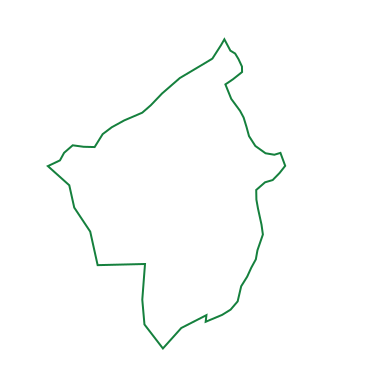 Kontemenos, Cyprus, rotated 49°
{"feature_id": "46923920B62470816278945", "entity_name": "Kontemenos", "entity_type": "district", "adm_level": 2, "iso_a3": "CYP", "parent_name": "Cyprus", "parent_adm1": "", "projection": "equal_earth", "projection_center": [33.133, 35.268], "detail": "fine", "context": "isolated", "style": "outline", "palette": "green", "viewbox_px": 384, "rotation_deg": 49, "n_neighbors": 0, "source": "geoboundaries", "source_scale": "gbopen_adm2", "svg_char_len": 896}
<svg xmlns="http://www.w3.org/2000/svg" viewBox="0 0 384 384"><g transform="rotate(49 192 192)"><path d="M185.3,311.2L215.5,274.7L240.7,300.2L260.8,314.8L291.0,316.6L287.6,289.3L294.4,261.9L298.9,266.8L304.5,249.9L306.1,240.0L304.5,229.3L295.4,216.7L292.1,205.9L288.0,196.9L284.7,188.0L278.9,180.8L270.6,166.4L262.3,161.0L247.5,152.9L240.0,148.4L232.6,142.2L232.6,136.8L232.6,130.5L235.9,123.3L235.1,113.4L233.4,104.5L220.5,99.6L217.9,105.4L211.0,111.1L198.8,114.0L187.2,112.3L178.7,108.2L169.7,104.2L162.3,102.5L147.5,101.3L132.7,96.2L133.8,87.0L134.3,75.5L130.1,72.0L122.1,69.7L115.8,68.6L110.5,70.3L98.0,67.4L100.2,73.7L104.7,89.1L101.7,106.1L98.0,126.4L98.0,149.9L99.5,166.2L99.5,177.5L93.5,196.2L90.5,210.0L89.7,221.4L94.2,236.0L86.8,244.1L78.5,251.4L78.5,262.8L81.5,270.9L77.9,283.8L106.4,280.2L126.5,291.1L155.1,294.8L185.3,311.2Z" fill="none" stroke="#15803d" stroke-width="2"/></g></svg>